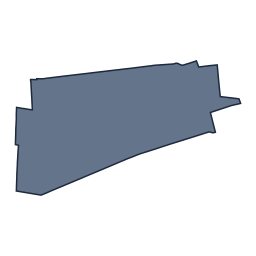 Rusanesti, Olt, Romania (Natural Earth projection)
{"feature_id": "2599482B48981848696155", "entity_name": "Rusanesti", "entity_type": "district", "adm_level": 2, "iso_a3": "ROU", "parent_name": "Romania", "parent_adm1": "Olt", "projection": "natural_earth1", "projection_center": [24.553, 43.927], "detail": "fine", "context": "isolated", "style": "filled", "palette": "slate", "viewbox_px": 256, "rotation_deg": 0, "n_neighbors": 0, "source": "geoboundaries", "source_scale": "gbopen_adm2", "svg_char_len": 1654}
<svg xmlns="http://www.w3.org/2000/svg" viewBox="0 0 256 256"><path d="M41.1,195.1L41.6,194.9L47.0,192.7L51.7,190.6L75.1,180.8L127.5,158.7L133.6,156.4L136.2,155.3L139.4,154.1L140.2,153.8L140.4,153.7L155.0,149.1L162.2,146.7L163.1,146.4L169.3,144.4L204.9,133.2L205.5,133.0L209.2,131.9L209.4,131.9L209.6,132.0L210.1,132.1L211.9,132.6L212.5,132.8L213.0,132.8L213.8,132.6L214.7,132.5L215.0,132.4L215.4,132.3L212.8,122.1L210.4,112.5L231.5,105.5L235.5,104.6L238.6,103.9L240.6,103.4L240.1,101.9L239.0,98.9L236.5,98.5L234.9,98.3L220.3,96.6L219.8,92.4L218.6,80.3L217.9,72.2L217.2,64.9L209.3,65.7L198.7,67.0L196.4,60.9L189.7,63.1L182.5,65.3L180.1,64.6L178.1,63.5L177.1,63.3L176.0,63.2L174.7,63.6L173.4,64.0L172.9,64.0L158.5,65.0L155.6,65.2L153.4,65.4L149.9,66.0L149.8,65.9L141.8,66.9L131.6,68.2L123.5,69.1L117.0,69.9L116.7,69.9L93.8,72.6L86.4,73.5L61.7,76.4L45.4,78.4L44.6,78.6L42.2,78.8L36.8,78.7L37.0,79.4L37.0,79.6L35.4,79.6L32.0,79.5L30.6,79.5L30.6,80.6L30.6,80.8L30.7,81.2L30.8,81.5L30.9,82.3L31.0,83.1L31.0,83.6L31.1,85.0L31.1,85.5L31.0,86.1L31.2,87.2L31.2,87.9L31.2,88.4L31.3,88.9L31.3,89.3L31.3,90.3L31.4,91.2L31.4,92.1L31.5,92.9L31.5,93.1L31.5,93.5L31.5,94.0L31.5,94.3L31.6,94.8L31.6,95.0L32.0,102.5L32.0,103.2L32.1,104.4L32.2,106.9L32.3,108.1L32.3,109.8L31.2,109.7L29.0,109.4L26.1,108.9L24.3,108.6L24.1,108.6L22.5,108.4L19.6,107.9L16.6,107.4L16.5,108.9L16.4,112.0L16.3,113.3L16.3,119.9L16.2,121.1L16.1,123.7L15.8,129.0L15.7,134.4L15.4,144.6L16.9,144.9L18.5,145.3L18.1,150.4L17.4,162.4L17.4,163.6L17.4,163.8L16.8,175.2L16.9,175.5L16.8,177.4L16.5,185.8L16.4,189.7L16.3,191.0L38.5,194.7L41.1,195.1Z" fill="#64748b" stroke="#1e293b" stroke-width="1.5"/></svg>